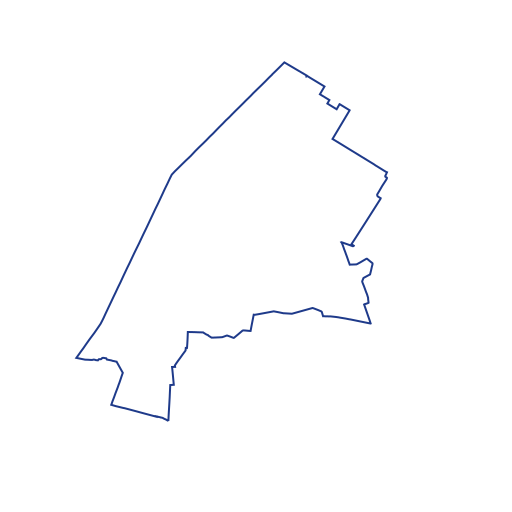 outline of Negru Voda, Constanta, Romania, rotated 111°
{"feature_id": "2599482B98241930265461", "entity_name": "Negru Voda", "entity_type": "district", "adm_level": 2, "iso_a3": "ROU", "parent_name": "Romania", "parent_adm1": "Constanta", "projection": "albers", "projection_center": [28.293, 43.811], "detail": "fine", "context": "isolated", "style": "outline", "palette": "blue", "viewbox_px": 512, "rotation_deg": 111, "n_neighbors": 0, "source": "geoboundaries", "source_scale": "gbopen_adm2", "svg_char_len": 5283}
<svg xmlns="http://www.w3.org/2000/svg" viewBox="0 0 512 512"><g transform="rotate(111 256 256)"><path d="M277.9,124.8L275.3,126.9L262.5,137.7L262.1,137.4L261.9,137.1L261.3,136.3L260.7,135.6L260.1,134.9L259.4,134.2L258.9,134.3L258.1,134.8L257.5,135.1L256.4,135.7L255.5,136.1L255.1,136.3L254.8,136.4L254.3,136.8L253.9,137.1L253.6,137.4L253.4,137.5L252.9,137.9L252.0,138.6L250.2,140.3L245.6,144.3L242.7,147.0L241.8,147.7L241.4,147.8L238.1,147.8L237.9,147.7L233.7,144.1L232.3,142.9L231.7,143.0L230.8,143.1L228.3,143.4L224.4,144.0L222.4,144.2L221.8,144.3L221.1,144.6L220.9,144.9L220.0,147.8L218.8,151.3L218.8,151.5L219.1,152.0L222.1,154.4L224.5,156.3L226.0,157.6L227.1,158.5L227.5,158.9L227.8,159.2L228.2,160.1L228.3,160.3L228.4,160.5L228.5,160.7L229.5,163.2L230.5,165.4L228.7,166.9L227.5,168.0L226.5,168.8L225.2,169.9L223.2,171.6L222.0,172.7L220.8,173.7L220.0,174.4L219.0,175.3L217.9,176.3L216.9,177.1L216.2,177.7L215.4,178.4L215.0,178.7L214.7,179.0L214.2,179.5L213.6,180.0L213.2,180.4L212.9,180.8L212.6,181.3L212.5,181.2L212.4,179.2L212.4,177.8L212.3,174.8L212.2,171.2L212.2,170.0L212.2,169.3L212.1,169.0L212.0,168.8L211.8,168.6L211.6,168.4L211.4,168.4L211.4,168.5L210.7,171.1L205.2,169.9L185.9,165.9L158.3,160.3L157.4,160.3L156.8,163.5L156.6,163.9L156.3,164.3L156.0,164.5L155.5,164.8L155.1,164.9L151.7,164.3L145.4,163.3L139.3,162.0L138.4,161.8L137.4,161.7L137.1,161.6L136.6,161.7L136.4,161.7L136.2,161.7L136.0,161.9L135.9,162.2L135.8,162.6L135.7,163.5L135.3,163.9L135.0,164.0L134.6,164.0L132.9,163.8L132.5,163.8L132.1,163.8L131.8,163.8L131.4,163.8L131.0,163.7L130.9,163.7L130.9,164.4L130.8,165.0L130.4,167.3L129.7,170.9L129.3,173.0L128.9,175.1L128.6,176.9L128.2,178.4L127.9,179.9L126.8,185.9L123.4,204.3L121.3,215.5L119.3,226.5L86.5,220.8L86.4,220.8L84.7,230.0L84.3,232.1L84.3,232.4L90.1,233.3L88.1,244.0L84.1,243.4L82.1,254.3L73.2,252.8L72.2,258.4L71.2,263.9L70.2,269.5L69.6,272.5L70.3,273.2L69.9,273.4L69.8,273.7L69.6,273.8L69.3,273.7L67.3,285.8L66.9,288.1L65.1,298.9L70.5,301.3L75.6,303.6L80.5,305.9L81.0,306.0L84.2,307.5L84.6,307.7L89.7,309.9L94.8,312.2L99.9,314.6L104.9,316.9L108.3,318.3L114.8,321.3L117.6,322.5L122.7,324.8L127.7,327.1L132.0,329.0L136.0,330.7L140.1,332.7L144.4,334.5L148.6,336.4L152.8,338.2L157.1,340.0L161.3,342.0L165.6,343.8L169.8,345.7L174.0,347.7L175.3,348.3L179.8,350.3L186.0,352.8L191.8,355.6L196.8,357.9L201.9,360.2L206.0,362.1L210.2,363.8L214.3,364.2L219.9,364.6L225.4,365.1L228.0,365.3L231.2,365.5L236.8,365.9L242.4,366.3L247.8,366.8L253.4,367.2L258.8,367.6L264.4,368.0L269.6,368.4L275.3,368.9L280.6,369.3L286.2,369.7L291.5,370.2L297.1,370.7L302.4,371.1L308.0,371.5L313.4,372.0L318.9,372.4L320.0,372.5L324.4,372.8L329.1,373.1L334.7,373.6L340.3,374.0L345.1,374.4L350.6,374.8L355.8,375.2L358.4,375.4L358.5,375.4L363.7,375.8L368.5,376.1L371.7,376.4L375.1,376.8L380.6,378.1L385.9,379.4L391.2,380.9L394.1,381.7L396.5,382.3L398.8,382.9L404.2,384.2L407.8,385.2L412.1,386.3L415.5,387.2L414.0,378.3L413.2,376.1L412.0,372.3L411.8,371.8L410.9,370.5L410.7,369.7L410.6,369.3L410.6,369.0L410.6,368.1L410.3,367.2L410.2,366.7L410.1,366.2L408.9,365.8L408.7,365.7L408.4,365.1L408.3,364.7L408.1,364.2L408.0,363.9L407.8,363.7L407.5,363.5L407.3,363.4L406.9,363.2L406.5,363.1L406.2,362.9L405.7,361.7L405.2,359.1L406.1,358.1L405.3,353.5L405.3,353.3L405.3,353.0L405.3,352.4L405.2,351.8L405.2,351.7L405.1,351.3L405.0,350.7L404.9,350.2L404.9,349.6L404.8,349.3L404.8,348.9L404.6,348.3L408.7,343.4L412.8,338.5L416.0,338.4L420.6,338.2L423.2,338.1L425.4,338.1L428.1,338.0L431.6,338.0L434.5,338.0L438.4,337.9L440.1,337.9L442.2,337.9L443.3,337.9L445.6,337.8L446.4,337.8L446.8,337.8L446.4,333.0L445.4,325.2L445.2,324.3L444.7,319.8L443.9,312.2L443.1,304.2L441.9,292.9L441.8,293.1L441.7,293.0L441.6,292.9L441.6,292.4L441.4,291.4L441.3,290.9L441.2,290.3L441.2,289.6L441.1,288.9L441.0,288.3L440.9,287.9L440.9,287.5L440.9,287.0L440.8,286.7L440.7,286.3L440.7,286.0L440.6,285.4L440.6,285.2L440.6,284.9L440.7,284.5L440.8,283.9L440.8,283.6L440.9,283.0L440.9,282.4L440.9,281.7L441.0,281.4L441.0,280.8L441.2,280.2L441.2,279.8L441.2,279.5L441.3,279.2L441.3,278.8L441.4,278.7L435.0,280.8L424.3,284.2L418.7,286.0L413.6,287.7L407.2,289.8L405.7,286.6L396.2,291.3L394.2,292.3L392.0,293.4L389.7,294.6L388.5,291.8L387.3,292.5L387.2,292.5L384.9,292.0L382.1,291.3L378.1,290.2L374.2,289.2L369.5,287.9L367.0,288.6L366.7,287.5L366.1,287.6L362.2,288.8L359.7,289.6L355.2,291.1L351.4,292.4L350.5,290.0L348.8,285.2L348.0,282.8L346.4,278.3L346.3,277.9L346.4,277.6L347.0,274.6L347.1,273.8L347.0,272.7L347.4,271.9L347.7,270.6L348.1,268.4L348.1,268.1L347.0,265.5L345.0,260.9L344.1,258.9L344.0,258.6L343.1,257.5L341.1,255.2L340.7,254.7L340.6,254.4L340.5,252.1L340.5,248.9L340.5,248.0L340.5,247.7L340.4,247.4L340.2,247.2L335.4,244.5L330.6,241.9L330.3,241.6L330.0,241.1L329.6,240.0L328.8,237.1L328.1,234.7L327.9,234.2L321.9,235.3L311.6,237.1L311.3,236.0L309.4,232.8L306.9,228.7L301.3,219.6L300.5,215.2L299.6,209.8L299.5,209.6L297.1,202.0L296.9,201.6L284.3,184.6L284.2,183.7L284.2,181.0L284.2,178.5L284.3,175.9L284.3,175.3L284.6,174.6L284.8,174.4L288.2,171.8L287.9,171.1L287.6,170.1L287.3,169.1L287.0,168.4L285.6,164.5L284.3,159.6L283.7,157.0L283.5,155.8L282.3,150.0L281.6,145.9L281.4,145.3L281.4,145.2L281.0,142.8L280.1,137.4L279.0,130.8L278.0,124.9L277.9,124.8Z" fill="none" stroke="#1e3a8a" stroke-width="2"/></g></svg>